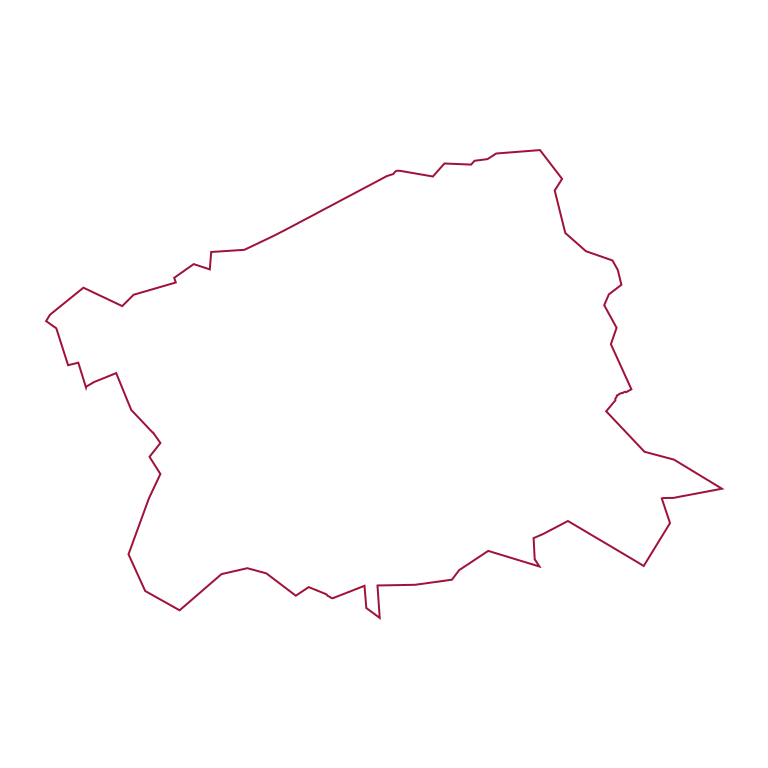 the district of Buncombe, North Carolina, United States of America
{"feature_id": "52423323B179276843030", "entity_name": "Buncombe", "entity_type": "district", "adm_level": 2, "iso_a3": "USA", "parent_name": "United States of America", "parent_adm1": "North Carolina", "projection": "orthographic", "projection_center": [-82.512, 35.619], "detail": "fine", "context": "isolated", "style": "outline", "palette": "rose", "viewbox_px": 768, "rotation_deg": 0, "n_neighbors": 0, "source": "geoboundaries", "source_scale": "gbopen_adm2", "svg_char_len": 1578}
<svg xmlns="http://www.w3.org/2000/svg" viewBox="0 0 768 768"><path d="M631.1,558.4L643.7,566.0L670.0,523.1L661.8,498.5L663.2,498.0L673.5,497.9L679.1,496.8L721.9,488.7L673.9,459.6L644.5,451.8L606.2,411.3L615.4,400.3L615.3,398.7L616.7,396.7L616.9,395.5L618.6,394.7L619.5,393.8L621.9,393.0L622.8,393.0L624.0,392.1L625.3,391.8L626.2,392.2L627.7,391.3L631.4,389.3L610.9,344.2L616.6,327.8L604.2,305.2L604.5,304.5L608.9,294.3L621.4,284.8L617.8,270.0L617.5,269.5L617.3,269.1L612.5,260.5L585.9,251.2L565.3,233.0L554.7,190.5L562.1,178.9L540.0,150.1L496.2,153.5L487.5,159.1L474.5,160.8L471.1,164.6L444.4,163.5L432.9,176.5L401.1,171.0L398.1,170.7L396.7,170.9L395.5,171.4L394.8,172.0L393.9,173.4L393.1,174.1L386.8,176.1L286.8,229.1L274.6,235.4L244.4,249.8L211.2,252.0L209.8,269.4L193.7,264.1L174.2,277.8L175.8,282.5L133.7,294.7L122.2,306.1L83.4,287.7L50.0,314.7L46.1,321.1L56.3,328.3L68.1,365.2L78.3,362.7L86.0,387.5L86.1,387.1L86.2,386.8L86.3,386.6L93.0,382.7L93.3,382.4L93.6,382.2L116.2,373.1L131.2,409.9L152.8,432.7L153.2,432.7L153.2,432.8L153.3,432.9L160.4,443.0L149.5,456.8L160.4,474.0L148.9,498.4L128.5,554.3L145.2,591.0L179.6,610.3L221.5,574.1L247.3,568.2L266.4,573.4L295.8,595.7L308.7,587.1L326.4,594.3L327.4,595.5L327.8,595.9L329.7,596.8L330.9,597.7L332.0,598.2L332.8,598.2L364.5,585.8L366.3,608.0L379.7,617.9L377.5,585.8L377.5,585.5L378.7,585.4L382.1,585.4L415.0,584.8L451.9,579.7L459.2,570.1L488.2,550.9L539.4,566.5L535.1,559.8L534.9,559.8L534.8,559.7L534.7,559.5L534.7,559.3L533.6,538.1L543.3,533.9L567.9,521.0L631.1,558.4Z" fill="none" stroke="#9f1239" stroke-width="2"/></svg>